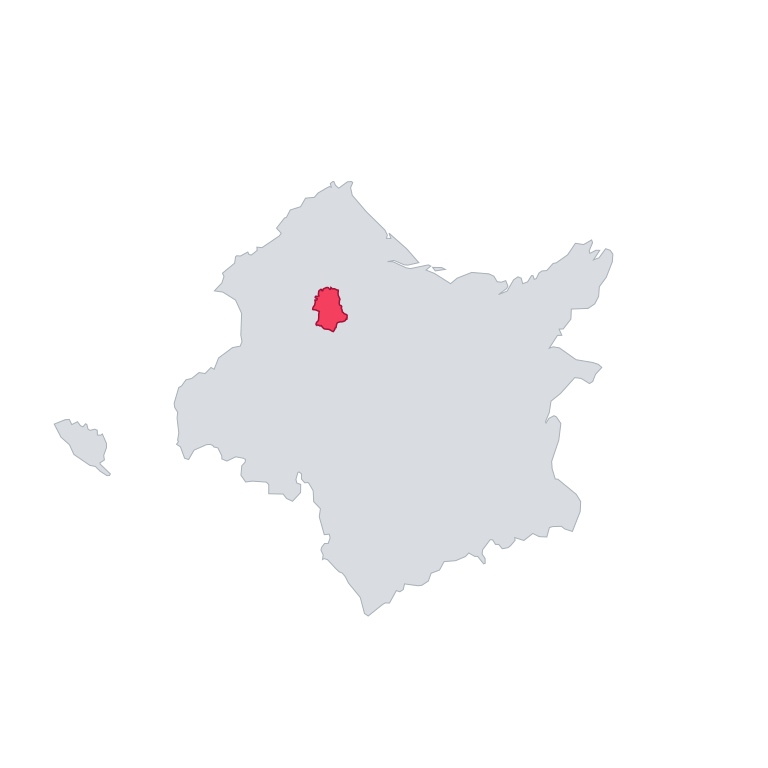 location of Lot within France, rotated 127°
{"feature_id": "FRA-5318", "entity_name": "Lot", "entity_type": "Metropolitan department", "adm_level": 1, "iso_a3": "FRA", "parent_name": "France", "parent_adm1": "", "projection": "mercator", "projection_center": [1.542, 44.633], "detail": "fine", "context": "in_parent", "style": "filled", "palette": "rose", "viewbox_px": 768, "rotation_deg": 127, "n_neighbors": 0, "source": "natural_earth", "source_scale": "10m", "svg_char_len": 6019}
<svg xmlns="http://www.w3.org/2000/svg" viewBox="0 0 768 768"><g transform="rotate(127 384 384)"><path d="M561.2,327.5L557.1,329.7L554.6,334.4L552.0,335.5L547.2,335.5L544.9,332.6L539.2,334.5L536.9,337.4L540.3,341.0L529.0,355.8L521.9,359.7L520.3,369.3L511.8,376.4L508.7,383.9L508.4,385.4L510.6,387.9L509.6,392.7L505.4,395.9L505.4,399.0L506.6,399.5L513.1,397.0L515.6,394.1L514.3,390.1L520.9,385.3L532.7,386.5L534.1,392.9L532.6,398.3L541.0,410.0L533.7,415.5L533.2,419.0L540.8,430.7L545.5,435.5L543.0,443.3L535.0,448.3L529.9,447.9L527.7,449.2L527.9,451.6L531.4,458.6L540.1,463.1L541.4,468.4L539.0,470.3L535.0,478.2L536.7,482.1L536.1,483.9L536.9,486.5L539.2,489.2L551.1,495.9L561.9,494.6L563.3,498.5L556.7,508.8L557.0,513.4L553.7,513.5L553.1,515.0L546.5,518.5L535.7,528.8L530.7,531.8L528.7,537.0L525.7,540.0L510.3,545.8L507.4,544.5L499.9,544.7L495.2,540.9L486.2,538.6L483.3,533.2L474.9,532.1L474.5,528.5L462.7,531.8L446.1,526.9L440.3,521.6L435.5,523.0L431.2,527.7L413.3,540.2L406.3,553.1L407.6,568.1L411.7,575.5L400.9,574.3L394.4,576.5L392.7,579.7L377.4,576.0L371.7,579.1L370.2,578.8L368.2,575.7L360.6,572.2L361.8,569.7L360.8,567.5L353.7,565.7L351.2,567.9L348.5,563.5L328.7,556.7L325.5,556.8L324.2,563.6L311.4,563.4L309.6,562.2L301.4,563.6L292.6,557.3L282.8,558.5L276.9,552.0L271.1,551.6L262.9,548.2L259.1,546.4L258.6,544.5L256.2,547.5L253.2,546.8L252.5,545.9L254.5,542.3L254.9,538.0L244.6,534.9L241.9,531.9L241.9,530.2L247.4,528.8L252.4,522.9L257.1,501.5L260.5,475.9L263.0,471.0L266.2,469.7L263.6,466.1L260.5,470.8L262.4,447.1L266.1,429.2L274.7,436.5L276.7,439.7L279.3,450.4L284.1,454.8L281.0,450.5L277.9,436.3L275.9,432.3L262.2,420.3L261.7,417.6L267.7,419.0L265.3,410.1L263.8,391.2L255.5,389.3L242.1,381.1L232.9,366.5L231.8,361.1L234.2,355.2L232.1,351.6L228.2,349.0L231.2,344.0L233.9,343.5L243.6,346.3L235.7,341.6L222.9,343.2L217.8,341.5L216.9,338.1L220.4,333.6L216.1,330.8L208.7,331.4L207.8,330.2L210.0,327.0L208.2,325.8L202.2,327.0L198.8,326.0L195.5,322.3L185.9,321.5L183.7,319.4L170.4,315.1L156.4,315.8L152.5,308.5L144.0,304.9L145.6,302.5L154.2,300.3L155.8,298.2L149.6,295.2L147.4,292.1L158.8,291.4L153.7,288.2L142.6,288.4L141.1,283.9L142.5,279.4L149.0,275.2L165.0,270.7L176.7,270.6L184.9,265.3L193.1,263.9L200.8,266.5L211.4,279.5L219.7,273.8L232.2,274.0L234.8,277.2L238.1,271.3L240.8,274.7L256.0,273.6L252.5,271.3L249.6,265.7L249.0,245.2L241.2,230.2L239.3,224.7L239.7,220.0L248.9,220.9L256.4,218.8L260.0,220.2L260.9,229.9L264.1,235.5L285.1,237.3L297.2,240.3L307.4,234.8L316.9,232.4L317.7,231.1L312.2,231.6L307.1,229.2L306.5,226.7L309.1,219.0L323.7,210.6L345.0,203.5L350.5,198.7L356.8,190.1L355.4,187.8L356.4,164.1L359.5,156.2L367.7,150.6L388.4,144.8L391.0,152.5L390.9,156.7L396.4,163.5L399.1,165.5L408.2,161.9L412.5,168.2L413.8,175.2L424.8,178.1L428.0,187.2L429.9,185.2L436.8,185.6L440.0,186.4L444.4,190.4L443.1,195.8L445.0,198.4L443.1,203.4L444.5,205.5L457.0,205.5L460.8,203.3L462.5,198.3L466.3,195.3L467.7,196.2L465.3,205.5L467.1,207.9L467.9,214.6L472.7,215.1L481.9,220.4L489.7,229.1L499.2,227.7L506.8,232.5L514.6,230.0L521.9,232.6L524.5,235.2L531.3,247.3L536.6,244.9L540.4,246.3L541.6,249.8L555.6,247.8L558.1,251.2L561.0,252.5L578.8,257.0L579.0,261.5L568.8,274.4L564.3,292.6L561.2,298.9L560.1,303.6L561.0,306.7L560.4,311.7L558.3,323.4L559.5,326.8L561.2,327.5ZM624.5,558.2L623.6,565.0L626.0,569.9L626.9,589.3L621.8,598.6L620.9,609.9L614.5,623.2L604.6,617.3L601.7,614.0L604.3,608.9L598.6,606.1L600.0,601.2L599.4,598.7L595.4,598.4L595.1,597.1L598.1,593.3L598.0,590.9L594.2,587.9L593.5,585.2L597.2,582.2L595.5,579.5L593.4,578.9L598.4,570.0L601.9,567.3L609.7,564.9L612.9,561.6L617.9,563.3L618.8,562.5L620.5,548.4L622.3,548.2L623.9,550.1L624.5,558.2ZM262.8,411.1L261.6,415.4L256.3,408.0L255.6,404.0L262.8,411.1Z" fill="#d9dde1" stroke="#a8b0b8" stroke-width="1"/><path d="M377.6,472.9L377.5,474.0L376.7,474.5L375.4,474.9L372.8,474.6L372.1,475.0L371.5,475.4L370.2,476.1L368.2,477.7L366.9,478.5L365.0,479.3L365.9,482.9L366.4,484.0L367.3,485.3L367.3,485.9L366.6,486.3L365.4,486.8L362.7,486.9L359.9,488.2L358.9,489.4L358.5,489.7L358.2,489.5L357.8,488.6L357.6,488.3L356.7,488.3L356.1,488.5L356.0,489.1L356.4,490.2L356.4,490.9L355.9,491.3L355.2,491.4L354.6,490.8L354.2,490.1L353.8,489.6L353.3,489.3L352.8,489.0L352.2,490.0L351.5,490.6L349.1,492.0L348.2,491.9L346.4,491.4L346.2,491.1L346.4,490.6L346.7,490.1L346.9,489.7L346.4,489.1L345.8,489.2L345.2,489.7L344.1,489.4L341.7,488.1L341.1,487.5L340.7,486.8L340.6,486.1L341.0,484.9L341.1,484.3L340.7,483.8L340.1,483.9L338.9,484.5L338.9,483.3L339.0,482.9L339.0,482.4L338.8,482.0L338.2,481.5L338.0,481.3L337.8,481.0L337.7,480.4L337.6,480.1L337.5,479.9L337.4,479.7L337.4,479.4L337.4,478.7L337.2,478.2L337.0,477.9L336.8,477.6L336.7,477.4L336.6,477.2L336.8,476.9L337.1,476.5L338.8,475.6L339.3,475.2L339.9,474.7L340.8,473.8L341.1,473.2L342.6,470.5L343.1,470.0L343.5,469.9L344.1,469.8L344.4,469.7L344.7,469.6L345.2,469.1L345.4,468.9L346.1,468.6L346.5,468.4L346.9,468.0L347.4,467.2L347.6,466.7L347.6,466.2L347.5,465.9L347.3,465.7L347.2,465.4L347.3,465.0L347.7,464.3L348.1,464.1L348.4,464.1L348.7,464.1L349.0,463.9L349.3,463.5L349.7,462.7L350.0,462.2L350.2,461.9L351.2,461.1L351.4,460.8L351.5,460.4L351.5,460.1L351.4,459.7L351.4,459.3L351.7,459.0L351.8,458.6L351.8,458.1L351.1,455.6L351.3,454.8L352.3,454.1L352.8,453.9L352.9,453.7L353.2,453.4L353.8,453.3L353.9,453.2L354.2,452.8L354.4,452.7L354.7,452.7L354.9,452.9L354.9,453.2L355.0,453.4L355.2,453.5L356.0,453.2L356.4,453.1L357.4,453.4L357.9,453.7L359.1,454.5L360.2,455.6L360.4,455.9L360.5,456.2L360.6,456.5L360.9,456.7L361.6,457.0L362.0,457.3L362.3,457.6L362.5,457.8L363.1,458.0L363.8,458.1L365.6,457.4L367.5,456.4L367.8,456.3L368.1,456.3L368.4,456.5L368.6,456.7L368.8,456.7L369.0,456.7L369.9,456.2L370.1,456.2L370.8,456.1L372.6,456.0L373.0,456.9L373.3,459.8L373.5,460.6L373.8,461.3L375.2,463.6L375.8,464.6L375.9,465.2L376.0,465.6L375.5,468.2L375.2,468.9L375.1,469.3L375.3,469.4L375.8,469.7L376.1,469.9L376.2,470.2L376.4,471.6L376.6,472.1L376.8,472.5L377.2,472.9L377.6,472.9Z" fill="#f43f5e" stroke="#9f1239" stroke-width="1.5"/></g></svg>